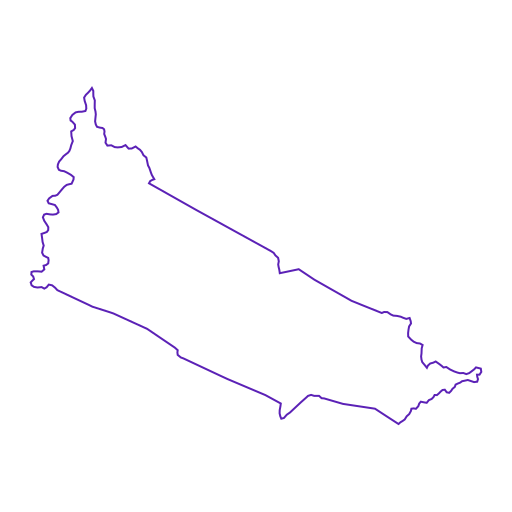 the district of Mirante, Bahia, Brazil
{"feature_id": "56859067B82108406212507", "entity_name": "Mirante", "entity_type": "district", "adm_level": 2, "iso_a3": "BRA", "parent_name": "Brazil", "parent_adm1": "Bahia", "projection": "robinson", "projection_center": [-40.763, -14.123], "detail": "fine", "context": "isolated", "style": "outline", "palette": "violet", "viewbox_px": 512, "rotation_deg": 0, "n_neighbors": 0, "source": "geoboundaries", "source_scale": "gbopen_adm2", "svg_char_len": 3517}
<svg xmlns="http://www.w3.org/2000/svg" viewBox="0 0 512 512"><path d="M480.8,368.6L476.0,367.4L474.1,369.4L472.0,371.0L469.2,373.1L466.3,374.1L463.3,373.0L459.9,373.2L457.5,372.6L454.1,371.4L450.1,369.5L446.3,367.0L443.5,367.5L441.7,365.9L439.4,364.1L435.7,361.5L433.2,362.7L430.2,363.5L427.9,365.6L426.9,367.8L424.6,364.9L422.3,362.2L421.5,359.7L421.1,356.4L421.5,353.5L421.7,348.3L422.6,345.0L420.0,343.5L416.7,343.1L413.7,341.7L411.2,339.7L409.7,338.1L408.2,336.5L408.1,333.1L408.5,329.7L409.1,326.4L411.0,323.5L410.7,321.2L409.6,318.0L406.3,318.9L403.2,317.8L400.7,316.7L397.0,315.9L393.3,315.6L390.7,314.4L387.4,312.1L384.1,312.0L381.8,313.0L361.1,304.7L358.2,303.5L351.5,300.8L314.4,279.7L298.7,269.2L296.5,269.7L279.8,273.2L279.3,269.8L278.6,266.9L278.2,264.4L278.8,261.3L278.1,257.8L275.4,255.4L273.7,252.9L271.1,251.2L196.3,210.0L149.0,183.3L150.2,181.1L152.1,180.0L154.3,179.2L152.9,176.8L151.8,174.9L150.9,172.5L150.1,170.1L149.3,167.8L148.0,165.4L147.1,161.0L146.3,157.5L143.5,155.3L141.9,152.1L140.0,149.8L137.9,148.4L135.6,146.5L131.7,148.5L128.6,148.6L125.5,145.1L121.7,147.0L117.7,147.4L114.7,147.1L111.3,145.3L107.4,145.6L105.5,142.7L106.0,139.0L105.3,136.8L104.2,134.0L104.5,131.5L104.1,129.3L102.5,128.0L99.8,127.6L97.0,126.8L95.8,124.5L95.1,121.4L95.4,118.3L95.8,114.4L95.5,111.6L94.7,108.2L94.7,104.7L94.8,100.4L93.4,96.5L93.3,93.7L93.3,90.9L91.9,88.0L90.1,90.5L88.0,92.8L85.9,94.8L84.1,97.6L84.7,101.0L86.1,105.2L86.3,108.6L85.4,111.0L82.0,111.7L78.4,111.8L75.6,112.4L72.4,114.9L70.3,118.1L70.6,120.5L72.3,121.7L74.9,124.6L75.1,128.1L73.7,130.0L71.2,131.4L71.5,136.1L72.8,141.1L71.2,145.2L70.4,148.4L69.4,150.9L68.0,152.7L66.1,154.1L63.5,156.2L61.2,159.2L59.1,161.6L57.9,164.4L57.6,167.0L58.9,169.8L60.9,170.7L64.1,171.2L66.8,172.5L68.6,173.5L71.0,174.9L73.7,177.1L73.5,179.5L71.6,183.7L68.9,184.3L66.7,184.9L64.2,186.8L62.0,189.3L59.1,192.8L57.4,194.8L55.3,195.7L52.5,195.9L49.1,198.4L47.5,200.8L48.7,203.3L51.7,204.1L54.9,205.0L56.8,207.5L58.1,209.8L58.5,212.4L56.2,214.1L52.9,214.6L50.1,214.4L46.5,213.8L44.1,214.6L42.9,217.3L44.2,220.7L46.9,224.8L48.3,227.2L48.2,230.1L46.8,232.0L44.5,232.9L41.5,233.9L42.1,238.0L42.6,242.0L43.7,245.6L42.8,248.4L42.1,252.7L43.5,255.5L45.9,256.8L48.2,257.9L48.6,260.2L48.2,263.4L46.1,265.0L43.6,265.7L44.3,269.4L41.6,271.7L38.7,271.4L36.4,271.3L33.8,271.3L31.5,272.0L31.3,274.6L33.2,276.5L34.0,279.1L32.3,280.7L30.7,282.4L31.6,285.3L34.0,286.9L37.4,287.5L41.6,287.1L44.3,288.6L46.6,287.3L48.8,284.6L52.1,285.3L55.1,287.7L57.4,290.2L89.0,305.0L92.4,306.7L107.2,311.4L110.3,312.4L113.5,313.5L147.2,328.9L174.8,347.6L177.7,350.2L177.4,352.4L177.7,354.9L180.9,357.5L183.4,358.4L220.7,375.9L224.6,377.7L227.4,379.0L265.4,395.1L280.8,403.5L280.4,406.4L279.7,410.1L279.6,413.3L280.3,416.3L281.3,418.7L283.9,418.0L286.8,414.7L290.0,412.5L301.1,402.1L306.3,397.5L308.0,395.9L311.1,394.9L314.3,395.9L316.8,395.9L319.1,395.9L321.6,398.2L324.1,398.4L343.0,403.9L375.0,408.7L386.3,416.1L398.5,424.0L400.4,422.3L402.4,421.1L404.7,419.5L406.7,416.3L409.2,414.1L410.9,411.0L411.4,408.7L413.7,408.4L415.9,408.8L418.3,406.2L419.2,403.6L420.8,401.7L424.3,402.4L426.7,402.8L428.9,400.1L431.6,399.0L433.5,397.1L434.6,395.0L436.9,395.1L438.9,393.4L440.6,391.6L442.5,390.0L444.8,389.7L446.7,392.3L449.2,392.8L451.1,390.9L452.5,388.8L454.8,386.9L455.6,384.6L457.9,383.5L460.2,382.6L462.1,381.2L464.2,380.8L467.8,380.0L471.1,381.1L474.1,382.1L477.2,381.7L478.0,379.1L477.3,376.9L477.0,374.7L479.5,374.7L481.3,371.9L480.8,368.6Z" fill="none" stroke="#5b21b6" stroke-width="2"/></svg>